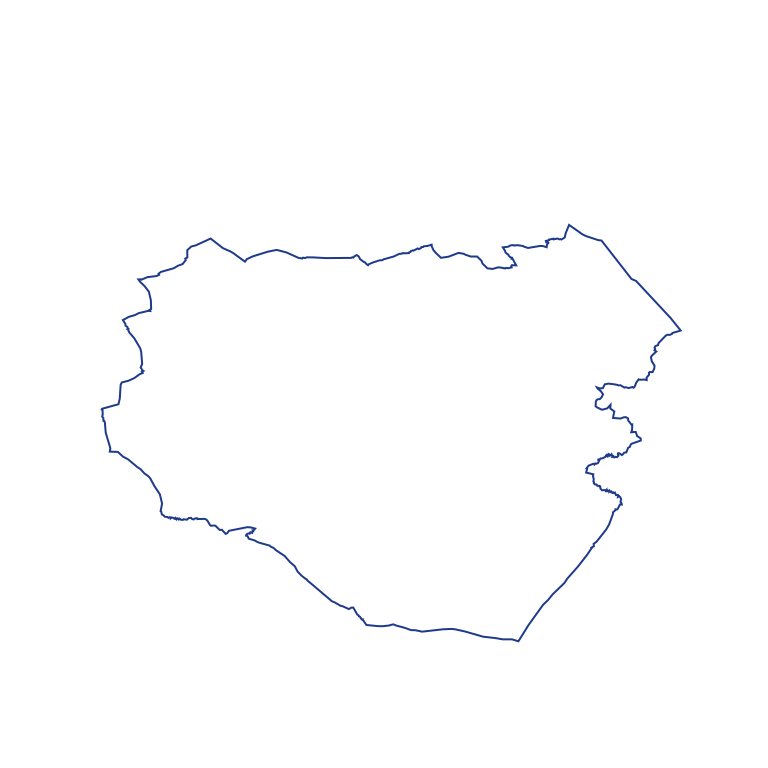 the district of Rakkestad nor, Østfold, Norway, rotated 116°
{"feature_id": "86288312B50253419979546", "entity_name": "Rakkestad nor", "entity_type": "district", "adm_level": 2, "iso_a3": "NOR", "parent_name": "Norway", "parent_adm1": "Østfold", "projection": "mercator", "projection_center": [11.413, 59.36], "detail": "fine", "context": "isolated", "style": "outline", "palette": "blue", "viewbox_px": 768, "rotation_deg": 116, "n_neighbors": 0, "source": "geoboundaries", "source_scale": "gbopen_adm2", "svg_char_len": 6166}
<svg xmlns="http://www.w3.org/2000/svg" viewBox="0 0 768 768"><g transform="rotate(116 384 384)"><path d="M565.0,600.8L561.7,593.5L563.7,586.7L563.9,581.0L566.8,569.3L567.3,565.4L569.4,560.1L570.2,555.3L571.3,552.7L576.2,545.9L581.4,537.1L588.8,531.0L596.1,529.1L596.1,528.5L598.6,526.5L598.7,524.5L599.4,522.9L598.5,520.3L598.8,519.0L597.6,518.2L597.6,517.0L598.1,516.8L596.9,516.2L596.6,513.9L596.9,513.5L596.3,513.1L596.7,512.9L596.7,512.2L595.9,512.2L596.6,511.0L595.3,510.6L595.4,509.8L594.9,509.3L595.5,508.8L594.8,508.4L595.0,506.7L594.0,504.9L593.4,504.8L592.4,501.7L590.1,500.7L588.9,498.8L589.5,497.2L589.1,495.6L588.1,495.3L586.7,493.5L586.6,493.0L587.2,492.5L583.8,486.0L583.8,484.0L584.3,482.7L587.2,478.3L587.2,477.3L585.6,474.6L585.3,473.3L587.2,467.8L586.1,465.8L588.1,460.6L586.8,459.5L583.9,459.0L572.6,444.1L571.3,440.9L570.4,436.4L572.8,437.0L573.1,437.8L573.8,437.1L574.2,437.6L575.6,437.2L575.8,439.1L577.4,439.1L577.4,439.9L578.9,441.4L580.3,441.7L580.8,441.3L580.4,440.8L580.7,439.7L582.3,437.8L581.3,431.7L581.5,429.2L581.3,426.3L579.4,416.1L579.9,413.9L579.7,411.7L580.8,407.9L582.1,398.0L585.3,390.3L586.9,384.3L590.5,379.4L592.5,373.7L593.5,369.1L593.5,367.7L594.1,366.9L602.1,335.5L601.9,332.5L602.4,325.9L601.9,323.9L601.7,316.9L599.4,315.4L598.4,313.6L602.9,307.0L603.1,305.4L603.8,304.8L603.8,303.4L605.2,301.2L604.9,300.1L605.4,300.2L605.6,298.9L608.3,294.2L604.3,283.3L602.1,278.7L598.9,273.7L596.0,270.4L595.7,266.9L594.1,258.8L593.3,251.7L591.5,247.7L589.9,241.2L578.7,223.6L574.4,215.7L573.2,212.2L570.9,202.6L567.7,184.2L563.5,172.4L561.4,165.2L557.4,157.1L556.3,150.4L537.1,148.4L512.6,144.2L506.4,141.9L499.1,140.2L483.7,134.6L478.8,134.0L462.8,129.6L448.7,126.6L440.2,125.4L440.6,125.8L440.3,126.0L437.9,124.2L435.8,125.5L432.5,123.8L417.3,120.5L411.5,120.1L400.8,121.2L398.8,121.9L396.0,120.7L395.1,121.0L394.7,119.6L393.8,119.2L388.9,119.1L388.1,117.4L387.2,118.1L386.4,119.7L383.7,120.3L382.2,121.9L381.8,123.3L382.5,124.0L381.5,124.0L381.4,124.5L382.2,124.5L381.3,125.3L382.2,126.7L380.9,128.3L381.0,128.8L380.5,129.0L381.4,130.0L381.0,130.6L381.6,131.0L381.0,132.6L381.7,132.5L381.5,134.1L382.1,134.3L381.0,135.0L382.4,136.3L382.0,136.6L382.6,137.0L382.5,137.5L382.0,137.7L382.8,137.9L382.4,138.4L382.7,139.3L383.9,141.4L383.2,143.5L381.6,144.6L381.7,145.1L381.1,145.5L382.0,147.7L381.2,148.7L381.8,150.6L381.2,151.9L380.2,152.2L379.8,153.1L377.7,153.7L375.3,155.7L373.4,156.3L375.0,163.5L371.2,164.2L371.2,165.0L367.8,164.4L364.0,161.0L364.2,159.5L362.8,159.4L362.6,158.2L361.2,157.0L358.0,157.0L358.4,158.0L357.9,158.3L357.1,157.0L356.0,156.7L355.0,155.0L352.5,153.2L351.2,153.1L351.2,152.4L350.7,153.0L349.9,152.7L349.2,151.8L349.9,151.1L349.8,150.7L350.2,151.2L350.0,150.1L349.3,149.6L348.6,150.3L348.7,149.1L347.4,148.7L348.2,147.9L348.2,146.6L349.4,146.8L348.9,145.8L349.1,144.9L347.9,143.9L347.7,142.6L345.7,141.8L344.6,143.1L343.5,143.2L343.1,141.9L343.6,139.2L343.2,138.7L340.4,138.0L339.2,136.2L334.3,136.6L332.8,135.5L330.2,135.7L329.1,135.2L322.2,128.4L320.4,129.4L319.8,133.7L316.7,136.8L319.0,140.6L316.5,140.9L312.1,142.9L312.4,143.0L309.8,148.4L307.9,149.7L307.8,152.2L308.9,154.0L311.4,156.3L314.1,163.3L307.7,165.0L306.8,169.9L303.4,171.3L308.1,172.7L311.6,176.8L311.6,182.6L311.2,184.1L306.9,185.9L305.2,185.9L304.1,185.2L302.9,183.4L300.4,182.6L297.3,182.6L295.4,185.9L294.5,189.8L293.7,191.1L293.4,188.1L291.8,185.5L287.5,185.4L285.3,182.5L283.3,176.8L282.5,173.7L282.6,172.9L281.5,171.1L281.8,166.3L281.0,165.6L280.4,162.3L277.8,159.4L278.0,158.1L276.5,157.5L272.2,157.9L268.2,157.2L268.2,156.3L265.8,151.8L265.3,149.6L263.1,150.8L259.5,149.8L257.9,150.8L256.8,150.5L255.6,147.8L251.5,147.9L248.9,148.9L246.2,153.3L242.9,155.8L241.1,155.7L235.4,153.5L235.1,155.7L233.7,155.6L232.7,156.8L231.0,156.7L228.8,154.7L227.0,155.2L217.1,152.0L215.6,151.0L214.5,148.6L212.7,147.1L211.7,147.1L205.9,140.8L199.1,155.2L180.9,202.6L181.1,207.6L159.7,251.4L160.8,254.7L162.5,267.3L162.5,271.2L159.9,287.4L168.8,286.8L173.1,285.8L176.3,287.8L176.4,288.9L177.2,290.0L177.1,291.7L179.6,294.9L179.1,295.3L181.8,298.9L182.3,298.7L184.5,301.2L185.5,300.3L184.7,299.0L185.1,298.1L187.2,298.6L189.8,297.8L190.3,301.4L191.4,304.1L198.6,314.2L199.2,318.4L199.0,319.5L200.7,324.9L202.5,327.6L202.3,328.2L203.9,331.0L206.2,332.6L209.1,337.1L211.2,333.6L212.5,332.5L213.2,330.0L213.1,329.0L214.0,328.2L214.7,326.2L214.5,324.9L215.3,324.4L214.6,324.0L219.4,317.2L221.2,321.2L222.3,321.3L223.2,320.4L225.4,322.9L226.1,325.2L227.1,325.8L227.2,327.0L227.8,327.9L227.8,329.1L229.1,332.5L233.0,336.9L234.7,341.8L232.6,348.2L230.5,350.4L228.6,356.2L231.4,361.9L232.1,367.4L232.1,369.8L233.5,374.5L241.3,381.8L245.6,388.1L243.3,395.3L242.1,398.1L239.3,401.5L237.9,402.3L240.7,405.2L242.9,408.7L243.7,408.8L244.5,410.4L245.7,410.4L247.5,411.8L247.4,413.2L251.2,415.9L251.2,416.6L252.6,418.0L253.7,418.1L254.9,419.3L255.5,419.1L257.9,423.6L258.0,424.4L259.4,425.5L260.2,427.2L265.1,431.1L272.1,439.0L273.6,439.9L274.6,442.0L279.5,447.1L283.1,450.2L284.2,450.4L284.0,452.0L282.9,454.7L283.2,455.4L282.3,460.1L280.5,462.5L280.0,464.9L282.2,466.6L283.8,466.9L284.0,468.1L285.0,468.7L296.4,491.6L301.4,503.5L304.1,509.1L305.3,510.0L306.0,512.2L307.2,512.6L307.3,513.8L308.1,515.5L308.5,529.2L310.5,539.2L315.9,546.3L326.7,557.8L331.9,562.0L335.0,562.6L332.4,577.0L332.2,580.4L332.5,588.3L329.3,603.6L342.1,614.1L344.8,617.4L350.0,619.5L356.5,616.2L358.4,617.6L359.5,616.5L364.5,617.6L368.1,621.1L372.0,623.6L381.0,633.6L383.7,635.0L384.5,634.0L386.7,635.8L391.7,643.5L396.6,647.8L396.4,648.2L397.7,650.6L399.2,647.7L400.9,642.3L404.1,635.8L411.0,630.2L418.8,626.1L420.1,627.2L420.9,626.2L421.5,627.8L427.9,635.6L431.2,638.0L435.4,642.7L441.0,646.7L443.3,642.9L444.9,641.8L445.2,639.8L446.2,638.6L446.9,638.7L446.6,637.8L447.6,637.5L449.3,635.6L452.3,628.6L458.8,618.7L461.6,616.3L471.9,610.2L475.9,609.9L477.5,607.2L477.7,606.0L479.0,607.1L479.9,605.7L482.3,607.9L488.1,611.0L492.9,614.9L497.6,620.4L500.3,620.3L512.9,615.1L518.6,613.8L529.8,626.5L530.6,626.6L530.9,625.5L535.0,623.3L536.6,623.2L537.8,621.2L540.1,620.0L539.9,619.3L540.8,618.1L549.7,612.8L561.7,601.8L565.0,600.8Z" fill="none" stroke="#1e3a8a" stroke-width="2"/></g></svg>